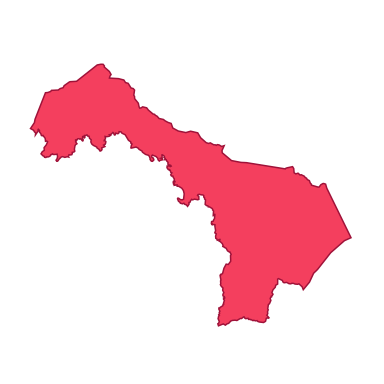 the district of Upper Denkyira West, Central, Ghana, rotated 172°
{"feature_id": "2480657B72362309510067", "entity_name": "Upper Denkyira West", "entity_type": "district", "adm_level": 2, "iso_a3": "GHA", "parent_name": "Ghana", "parent_adm1": "Central", "projection": "orthographic", "projection_center": [-1.984, 6.106], "detail": "fine", "context": "isolated", "style": "filled", "palette": "rose", "viewbox_px": 384, "rotation_deg": 172, "n_neighbors": 0, "source": "geoboundaries", "source_scale": "gbopen_adm2", "svg_char_len": 6035}
<svg xmlns="http://www.w3.org/2000/svg" viewBox="0 0 384 384"><g transform="rotate(172 192 192)"><path d="M40.9,124.6L58.0,177.0L58.6,181.2L60.4,182.1L61.4,182.1L63.5,181.2L65.3,179.3L66.4,179.3L72.7,182.1L72.7,183.1L73.6,184.3L74.2,186.9L76.1,188.3L76.7,189.8L77.8,190.5L78.6,192.0L81.4,193.9L82.6,193.8L84.4,195.9L86.7,195.5L88.2,196.8L88.0,201.1L88.9,203.1L94.5,202.7L95.9,202.4L96.4,201.9L134.1,213.5L139.4,214.5L148.5,217.6L156.6,226.6L156.5,228.9L153.7,233.4L156.3,233.0L158.7,234.9L160.4,235.4L161.5,234.8L162.4,235.5L163.9,235.7L167.0,238.1L168.9,237.8L171.1,238.9L175.9,244.5L178.1,249.8L184.9,252.4L189.8,251.7L197.1,254.3L202.1,258.0L203.1,262.8L206.0,264.2L208.7,266.2L210.2,267.8L214.4,269.4L216.0,271.9L217.7,273.1L218.2,274.1L219.8,274.7L223.8,279.2L225.2,281.7L229.0,283.2L230.7,282.4L232.1,282.3L232.6,284.0L232.8,287.4L235.8,292.4L235.6,294.7L236.2,295.9L234.7,300.9L235.8,302.6L237.9,303.5L240.1,308.5L242.6,309.6L243.9,312.4L249.0,314.5L257.9,316.3L257.3,317.9L255.8,319.6L257.1,322.9L261.5,328.0L261.2,329.0L262.2,330.8L264.4,331.2L268.2,331.0L290.9,317.7L297.3,318.2L298.2,318.0L303.8,315.1L305.1,313.2L308.1,312.8L310.3,311.6L317.0,312.2L318.1,311.2L320.9,310.6L323.3,310.7L337.3,285.9L338.4,282.6L343.1,277.3L340.3,275.2L339.6,273.4L338.6,272.4L339.1,270.3L335.9,273.8L335.8,275.1L335.5,275.5L334.5,274.3L334.7,272.6L333.6,270.8L333.3,269.0L332.6,268.5L331.7,268.8L329.9,265.5L330.0,262.6L328.8,262.7L328.0,261.8L329.7,259.0L332.3,256.5L332.5,253.8L334.6,252.8L336.2,250.8L334.6,248.6L333.3,247.8L333.2,246.9L331.9,246.5L330.7,247.1L329.9,246.7L328.3,247.0L327.2,247.6L326.6,248.6L325.4,248.7L325.0,249.2L323.6,248.3L320.3,248.2L320.2,245.8L320.9,243.9L322.2,242.4L321.7,241.3L321.0,241.2L320.3,241.6L319.2,242.9L316.5,244.9L315.1,245.0L313.1,244.0L310.6,244.3L309.6,243.9L309.9,244.4L308.9,245.0L308.6,246.0L307.1,245.6L305.8,245.7L305.1,247.0L305.1,247.9L303.2,248.1L302.4,248.7L302.5,250.8L301.4,254.2L300.5,255.2L299.2,255.8L300.2,257.7L300.0,259.8L299.3,259.9L299.1,259.1L297.7,260.6L296.3,260.5L295.7,259.9L294.6,260.2L293.9,258.6L293.3,257.8L292.8,257.9L292.5,258.7L292.8,260.9L292.6,262.1L292.0,262.3L291.9,261.5L291.1,261.9L290.8,260.7L290.5,260.9L290.4,262.9L289.8,262.7L288.1,263.2L287.5,261.9L286.2,261.5L286.0,259.4L284.6,257.8L285.2,255.6L284.6,253.5L283.2,251.9L280.1,249.8L279.9,248.8L277.8,246.8L277.8,246.0L277.3,245.3L275.9,245.7L275.2,246.6L275.2,248.3L271.9,249.1L273.0,250.8L271.3,251.4L270.6,252.7L270.3,254.1L271.1,255.0L271.8,255.0L271.7,255.5L270.3,256.7L270.3,259.1L269.0,258.6L266.3,258.7L264.8,259.4L265.7,260.2L263.9,260.5L262.0,262.0L261.4,261.3L261.1,259.6L260.7,259.2L260.1,259.3L259.3,260.9L257.3,260.0L256.1,260.8L255.8,261.9L254.0,261.5L253.2,260.0L250.2,258.0L247.7,252.0L245.7,250.2L245.7,248.8L244.9,248.3L244.8,247.7L245.5,246.8L246.4,244.2L245.9,243.9L241.2,244.3L239.4,243.1L238.4,241.5L235.8,239.5L235.5,238.3L232.8,235.7L230.0,234.4L229.3,233.2L228.8,230.9L229.0,230.0L228.0,228.2L226.8,227.9L225.3,229.1L225.6,231.0L226.7,231.7L226.9,232.2L226.9,233.4L226.1,234.1L222.7,232.2L221.3,230.3L221.1,228.6L220.1,227.2L219.0,227.8L216.5,228.0L216.8,229.2L218.1,229.8L216.8,230.1L216.6,232.9L216.0,232.9L214.4,231.2L214.4,230.4L214.9,230.0L213.8,228.9L214.5,227.8L213.0,227.5L212.6,226.0L211.6,224.7L212.0,222.9L211.5,222.3L209.4,221.4L209.0,220.5L209.9,220.2L210.8,221.0L213.0,221.2L213.4,219.5L212.5,217.7L211.1,217.2L211.4,216.7L210.5,216.1L210.3,214.5L209.3,213.8L210.7,212.0L210.1,210.7L208.7,210.4L208.6,209.2L207.7,207.5L208.0,206.0L207.4,204.5L207.9,204.4L208.3,205.3L209.0,205.1L209.3,204.1L208.9,203.2L209.3,202.7L208.8,201.6L208.2,202.0L208.0,201.5L208.3,201.1L205.8,201.1L205.9,199.8L204.4,199.5L201.6,197.2L200.3,194.6L200.0,191.3L201.3,186.1L202.9,185.6L204.7,186.2L206.1,187.7L206.9,187.9L207.3,187.3L206.7,184.8L205.2,183.2L205.1,182.5L203.0,181.6L201.6,182.0L200.9,180.8L199.3,180.0L198.4,178.4L196.7,180.2L196.5,182.0L195.8,181.9L195.1,182.5L194.7,183.5L193.3,184.8L192.4,184.1L190.6,184.6L187.3,183.5L186.2,183.8L185.9,186.6L187.0,187.9L186.4,188.6L185.0,188.7L183.3,187.9L181.9,187.7L180.9,186.9L181.0,185.2L180.4,184.6L180.5,183.3L179.7,182.4L180.7,177.9L179.5,176.5L178.2,176.1L178.0,175.0L176.9,174.9L174.4,172.9L173.9,171.9L174.1,171.4L173.3,170.2L174.3,165.6L173.7,165.6L173.2,166.8L172.5,166.6L173.4,162.6L174.5,161.3L175.1,160.1L176.7,160.0L177.2,158.2L177.0,157.3L176.4,157.5L176.3,156.7L174.9,156.8L173.8,156.3L174.1,155.2L174.0,150.5L175.1,148.4L173.8,147.2L174.8,145.0L174.9,142.8L174.0,142.1L173.7,140.7L171.0,141.2L170.9,140.8L172.1,140.1L172.1,139.7L171.0,139.0L169.2,136.7L168.7,134.9L169.1,133.8L168.2,133.5L167.9,132.8L166.0,131.5L165.0,128.8L163.3,127.3L162.8,127.3L161.9,124.7L162.7,123.8L163.3,118.1L166.1,115.2L168.2,115.8L171.0,112.0L172.9,107.4L174.0,106.5L175.0,106.5L175.7,105.7L175.3,105.4L175.8,104.5L175.6,100.7L176.1,100.0L176.3,97.1L176.8,96.3L176.1,94.5L174.7,92.6L175.3,90.5L174.5,87.9L175.6,86.4L175.8,84.9L174.5,83.8L174.3,82.5L174.7,82.2L175.5,82.6L175.7,81.4L175.0,80.2L176.3,77.5L176.2,76.6L176.9,76.4L177.3,75.1L180.1,73.9L180.6,73.3L181.5,73.4L181.7,72.2L181.0,70.1L181.8,68.9L181.6,67.8L182.6,66.8L182.1,66.1L182.9,65.4L183.8,62.9L183.0,59.9L183.8,58.5L184.8,57.9L184.4,55.8L179.4,57.0L177.5,55.5L175.5,56.6L174.0,56.8L171.6,58.8L170.0,59.2L167.3,59.1L165.4,58.5L161.8,60.0L160.5,59.8L158.4,61.1L157.7,61.0L157.3,59.8L156.5,59.1L154.0,59.1L153.7,58.0L152.8,58.0L152.0,57.4L151.5,57.6L149.5,56.1L148.8,56.4L146.8,55.5L145.5,55.6L144.8,54.6L143.4,53.9L139.3,52.8L137.2,53.7L136.0,56.6L134.9,56.8L134.0,56.4L133.3,56.7L135.0,59.5L133.9,61.0L133.9,62.9L132.9,64.8L133.3,65.7L132.0,70.0L130.9,70.5L129.0,73.6L129.4,75.7L128.7,76.7L127.8,77.1L128.0,77.8L127.1,78.1L126.0,79.5L126.9,81.2L125.4,83.9L122.8,86.1L122.1,88.0L120.0,88.9L119.3,93.8L118.4,94.2L114.8,91.8L114.5,90.3L113.5,89.3L110.8,89.3L108.7,87.7L106.9,87.3L105.8,87.7L104.0,87.3L102.8,86.5L100.1,85.9L98.9,86.2L96.1,82.8L95.4,79.8L88.2,86.4L82.9,94.6L78.5,97.8L63.1,112.6L47.8,122.6L40.9,124.6Z" fill="#f43f5e" stroke="#9f1239" stroke-width="1.5"/></g></svg>